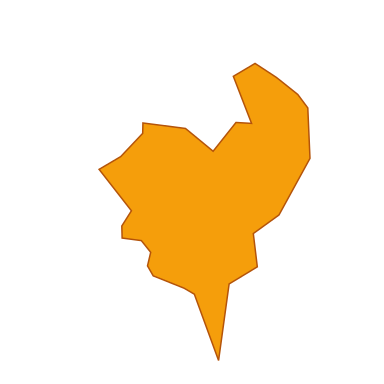 map outline of Pasig (Mercator projection), rotated 24°
{"feature_id": "PHL-5552", "entity_name": "Pasig", "entity_type": "Highly Urbanized City", "adm_level": 1, "iso_a3": "PHL", "parent_name": "Philippines", "parent_adm1": "", "projection": "mercator", "projection_center": [121.099, 14.57], "detail": "fine", "context": "isolated", "style": "filled", "palette": "amber", "viewbox_px": 384, "rotation_deg": 24, "n_neighbors": 0, "source": "natural_earth", "source_scale": "10m", "svg_char_len": 511}
<svg xmlns="http://www.w3.org/2000/svg" viewBox="0 0 384 384"><g transform="rotate(24 192 192)"><path d="M263.6,68.1L286.1,113.3L280.8,177.6L264.9,205.0L282.1,233.8L263.3,260.9L284.8,335.1L235.7,284.4L223.8,283.1L190.7,284.4L181.4,277.6L178.8,263.9L165.5,257.0L146.9,262.5L141.7,251.6L144.3,233.8L97.9,209.1L112.5,188.6L123.1,158.5L119.1,148.9L160.2,136.6L194.7,146.2L203.9,110.6L218.5,105.1L182.7,69.5L197.3,48.9L222.5,53.0L249.0,59.9L263.6,68.1Z" fill="#f59e0b" stroke="#b45309" stroke-width="1.5"/></g></svg>